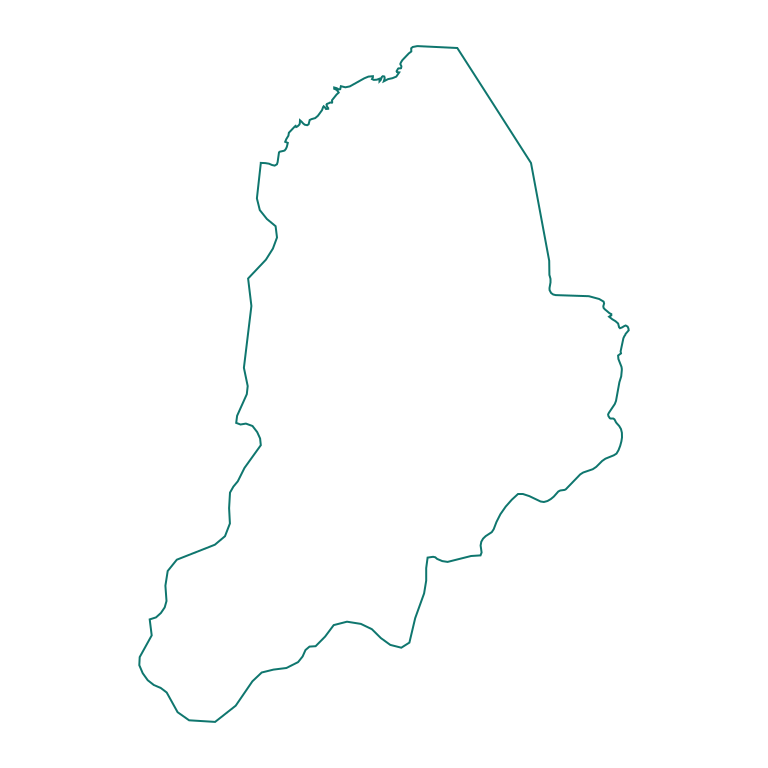 map outline of Borno (Robinson projection)
{"feature_id": "NGA-2839", "entity_name": "Borno", "entity_type": "State", "adm_level": 1, "iso_a3": "NGA", "parent_name": "Nigeria", "parent_adm1": "", "projection": "robinson", "projection_center": [13.296, 11.875], "detail": "fine", "context": "isolated", "style": "outline", "palette": "teal", "viewbox_px": 768, "rotation_deg": 0, "n_neighbors": 0, "source": "natural_earth", "source_scale": "10m", "svg_char_len": 3529}
<svg xmlns="http://www.w3.org/2000/svg" viewBox="0 0 768 768"><path d="M457.3,48.0L494.2,105.5L531.0,163.0L540.1,211.9L549.2,260.8L549.4,275.0L549.7,275.9L550.5,278.9L550.5,282.5L549.5,288.1L549.6,290.2L551.1,293.0L553.2,294.5L555.7,295.1L588.9,296.2L599.2,299.0L603.6,301.6L604.1,303.5L603.3,306.2L603.6,307.9L604.7,309.2L609.5,313.2L611.3,314.1L611.3,315.4L610.7,315.7L609.1,316.7L612.2,319.2L615.5,321.2L618.1,323.5L619.1,327.3L620.0,328.2L622.1,327.4L624.4,326.0L625.7,325.5L627.6,326.6L628.4,328.4L628.7,330.3L625.6,333.9L625.2,335.0L624.4,336.1L623.4,338.2L620.6,351.4L621.0,353.4L618.1,355.5L618.4,359.0L621.5,366.9L621.8,368.9L621.8,370.2L621.2,376.4L619.4,382.2L616.0,400.9L614.8,404.0L608.9,412.8L608.1,414.4L608.4,416.0L609.8,418.2L610.5,418.5L613.2,418.5L614.4,419.3L615.1,420.5L615.7,421.8L616.5,423.0L619.2,426.0L621.0,429.1L621.9,432.8L622.0,437.4L621.4,441.3L620.2,445.8L618.5,450.2L616.5,453.6L613.8,455.3L605.4,458.7L602.1,461.0L596.2,466.9L592.8,469.2L583.2,472.5L580.2,474.4L565.8,489.3L564.6,489.9L560.2,490.5L558.3,491.5L553.8,496.6L550.9,499.0L547.5,501.0L543.9,502.0L540.6,501.5L529.3,496.1L522.9,494.0L518.0,494.0L511.8,499.7L505.7,506.6L500.4,514.2L496.5,521.9L493.7,529.2L491.8,532.1L485.7,536.1L483.1,538.6L481.3,541.7L480.6,545.5L481.6,552.5L480.5,555.4L480.4,555.4L471.1,556.0L447.6,561.9L442.3,561.1L437.1,558.9L435.3,557.3L433.1,556.8L427.6,557.6L426.2,568.1L426.2,580.6L424.1,593.4L415.2,618.1L409.4,642.6L401.3,647.7L390.3,644.9L380.9,638.1L371.9,629.2L360.9,623.9L347.0,621.7L333.7,625.1L325.1,636.6L315.6,646.2L309.5,646.6L305.5,650.0L302.6,656.5L298.1,662.1L286.4,668.0L273.5,669.6L261.7,672.5L252.4,681.3L235.7,705.7L215.1,721.9L189.1,720.3L177.6,712.2L166.7,692.5L160.8,688.0L153.8,685.0L147.7,680.2L142.7,673.2L139.3,665.2L139.7,657.1L151.7,635.4L149.7,619.4L156.0,617.4L160.9,613.0L164.7,607.4L166.5,601.0L165.4,585.7L167.7,571.0L176.8,559.7L214.9,544.7L225.0,536.2L229.9,523.5L229.1,508.1L230.0,492.6L233.4,486.6L237.8,481.3L244.5,467.9L260.8,445.2L260.1,438.5L257.2,432.1L252.5,426.0L245.9,423.6L240.5,424.5L236.2,422.9L237.1,415.8L246.8,394.2L247.7,386.1L243.9,367.8L251.4,306.0L248.1,278.5L265.9,259.7L272.9,248.6L277.0,237.5L275.6,226.2L266.9,219.0L259.8,210.1L256.9,198.4L260.8,163.2L260.8,162.9L265.3,163.1L269.0,163.7L272.0,165.0L274.7,165.6L276.9,164.3L277.6,162.2L279.0,152.4L279.8,151.7L283.4,150.9L284.6,150.5L285.9,148.9L286.8,146.9L287.8,142.9L285.2,141.8L286.3,139.1L288.4,135.7L288.9,132.7L294.8,126.5L295.6,125.9L296.2,127.0L297.3,126.5L298.4,125.6L299.5,124.4L299.8,123.3L300.0,120.3L301.7,121.8L303.1,123.4L304.7,124.7L307.2,125.2L308.6,124.3L309.7,120.0L311.6,119.1L315.2,118.1L317.9,115.8L322.0,110.2L323.1,107.1L323.3,107.0L323.7,106.3L324.7,107.1L325.6,108.4L326.0,109.0L328.2,108.8L328.2,108.1L327.1,106.7L326.5,104.6L327.0,103.9L329.1,103.1L329.8,102.6L330.2,102.5L331.6,102.7L332.1,102.6L332.2,102.1L332.0,100.6L332.1,100.1L336.6,94.5L338.7,92.6L337.7,91.1L336.7,90.0L335.5,89.3L334.2,88.8L334.2,87.5L336.7,88.2L338.8,89.4L340.2,89.2L340.9,86.2L345.4,87.3L349.8,86.4L364.3,78.3L368.4,76.6L372.9,76.2L372.9,77.3L372.0,79.1L373.8,79.9L376.8,79.7L379.5,78.7L379.5,79.3L379.5,81.3L380.7,80.0L381.9,76.9L382.8,76.2L384.3,76.5L384.7,78.0L384.3,79.8L383.8,81.3L388.1,79.1L392.4,78.2L396.3,76.6L399.2,72.4L397.0,72.1L396.6,71.2L398.1,68.6L398.8,68.3L400.0,68.4L401.0,68.2L401.4,66.7L401.2,65.7L400.4,64.4L400.4,63.6L401.3,61.8L402.4,60.1L408.8,53.4L411.3,51.5L411.2,48.3L412.7,47.0L417.3,46.1L417.5,46.1L457.3,48.0Z" fill="none" stroke="#0f766e" stroke-width="2"/></svg>